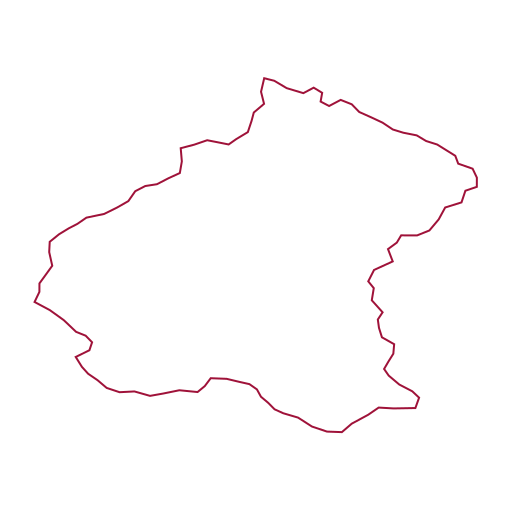 the district of São Brás do Suaçuí, Minas Gerais, Brazil, rotated 89°
{"feature_id": "56859067B55981739158255", "entity_name": "São Brás do Suaçuí", "entity_type": "district", "adm_level": 2, "iso_a3": "BRA", "parent_name": "Brazil", "parent_adm1": "Minas Gerais", "projection": "equal_earth", "projection_center": [-43.972, -20.628], "detail": "fine", "context": "isolated", "style": "outline", "palette": "rose", "viewbox_px": 512, "rotation_deg": 89, "n_neighbors": 0, "source": "geoboundaries", "source_scale": "gbopen_adm2", "svg_char_len": 1556}
<svg xmlns="http://www.w3.org/2000/svg" viewBox="0 0 512 512"><g transform="rotate(89 256 256)"><path d="M410.8,99.3L400.5,95.4L394.0,102.1L387.0,115.0L377.9,125.4L371.2,129.9L363.8,125.4L356.1,120.4L346.6,119.4L339.5,131.5L330.0,134.3L321.6,135.3L314.5,130.4L302.3,141.0L290.2,138.8L283.3,144.2L272.0,138.2L263.8,119.4L251.4,123.9L245.1,115.0L237.9,110.5L238.2,94.5L233.5,82.2L222.6,72.7L210.8,66.0L206.0,49.6L194.4,45.5L190.7,34.0L181.5,33.8L172.5,37.9L167.2,52.2L159.3,55.0L154.3,62.7L147.7,72.9L144.0,83.9L138.2,93.2L135.3,106.6L131.9,117.0L124.9,127.1L120.0,137.1L113.8,150.3L106.0,157.6L101.4,168.6L107.3,180.3L102.7,188.7L94.0,187.0L88.7,195.4L94.0,205.8L88.7,222.4L81.1,234.7L78.4,244.7L91.9,248.1L104.0,245.3L112.5,255.7L120.9,258.1L132.0,262.0L138.7,273.6L144.0,281.4L141.5,292.9L139.4,302.8L143.6,315.8L146.9,329.4L160.1,328.5L171.7,330.7L176.7,342.1L182.5,353.8L184.1,365.5L189.1,375.6L198.9,382.7L205.1,394.0L211.3,407.1L214.7,424.9L220.8,434.1L225.0,442.6L230.8,452.5L238.2,462.0L248.5,462.7L262.2,459.9L272.2,467.4L279.6,473.0L288.1,473.2L298.1,478.2L306.5,463.1L316.8,449.3L328.7,437.2L332.7,427.7L339.4,421.4L347.3,424.2L353.8,438.0L363.8,432.0L370.8,425.9L377.4,416.6L385.3,407.6L389.8,394.8L389.3,379.9L394.0,364.4L391.9,351.2L388.9,335.0L391.0,316.8L385.2,309.5L377.4,303.4L378.3,287.5L381.5,275.1L384.0,264.8L389.4,257.4L396.8,253.5L403.0,246.4L409.6,240.1L413.7,231.5L418.3,216.8L427.5,203.0L432.8,188.1L433.6,173.2L425.3,163.2L416.7,146.6L409.7,136.0L410.8,121.1L410.8,99.3Z" fill="none" stroke="#9f1239" stroke-width="2"/></g></svg>